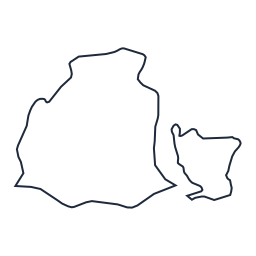 outline of Obwalden
{"feature_id": "CHE-3427", "entity_name": "Obwalden", "entity_type": "Canton", "adm_level": 1, "iso_a3": "CHE", "parent_name": "Switzerland", "parent_adm1": "", "projection": "albers", "projection_center": [8.312, 46.869], "detail": "fine", "context": "isolated", "style": "outline", "palette": "slate", "viewbox_px": 256, "rotation_deg": 0, "n_neighbors": 0, "source": "natural_earth", "source_scale": "10m", "svg_char_len": 1716}
<svg xmlns="http://www.w3.org/2000/svg" viewBox="0 0 256 256"><path d="M175.6,185.4L154.0,193.9L137.4,205.5L132.1,207.6L127.2,207.4L117.7,204.4L91.9,201.1L86.1,202.3L74.4,206.8L71.8,207.3L68.1,206.3L62.2,203.6L57.2,200.1L40.5,189.0L31.0,186.9L15.4,186.0L23.4,173.2L20.9,162.0L18.4,156.8L16.9,149.3L18.0,145.5L26.7,125.9L28.4,115.6L30.3,110.3L31.9,106.8L35.5,101.6L37.6,99.9L40.0,98.9L42.7,98.8L44.3,99.1L45.2,99.9L45.9,101.6L47.1,102.4L49.2,101.7L61.0,86.8L71.0,77.5L71.8,73.9L71.2,70.3L69.4,63.9L70.5,62.0L78.7,56.6L106.1,54.0L114.4,52.0L117.3,50.7L119.9,49.2L122.0,48.4L124.0,48.4L142.8,54.2L144.4,55.3L145.7,57.2L144.9,60.8L144.1,63.8L142.7,67.2L141.4,69.6L139.8,71.9L138.5,74.4L137.8,79.2L140.4,82.5L143.3,85.3L155.0,90.7L157.4,93.0L158.4,96.0L158.3,115.2L157.7,118.6L155.3,126.7L154.7,141.4L153.9,148.2L155.1,165.2L165.3,179.3L175.6,185.4ZM191.9,199.7L187.2,195.8L201.3,191.3L202.4,189.9L201.5,187.4L200.0,186.0L192.3,182.8L190.4,181.1L188.9,179.2L187.0,175.8L185.4,173.9L184.6,173.0L184.2,172.2L183.9,171.1L183.5,167.9L182.8,166.5L179.1,164.1L177.9,163.0L177.9,161.1L178.2,158.6L178.0,156.2L175.2,147.1L174.5,143.6L173.6,135.2L171.9,131.8L171.6,129.3L173.5,125.8L175.5,124.4L177.3,124.9L179.9,128.7L179.9,131.4L179.8,133.4L179.4,135.0L179.4,135.8L180.4,136.0L182.2,135.5L191.6,129.2L193.8,129.1L196.1,130.1L198.0,134.5L203.1,138.5L227.1,137.6L232.3,137.1L234.0,138.3L238.2,139.3L239.5,140.6L240.3,142.1L240.6,143.4L240.0,145.1L238.6,147.3L234.9,151.4L232.2,156.4L229.4,165.7L228.3,170.9L226.1,175.2L227.3,178.1L228.5,179.3L230.0,180.2L230.4,181.9L230.8,184.3L231.7,187.9L231.2,191.5L230.2,195.0L214.2,200.0L204.3,196.5L201.8,196.5L195.2,197.8L191.9,199.7Z" fill="none" stroke="#1e293b" stroke-width="2"/></svg>